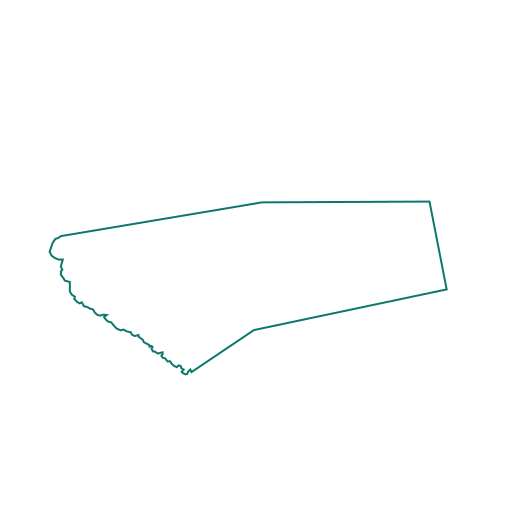 the district of Iebukel, Ngarchelong, Palau, rotated 122°
{"feature_id": "81905179B92886188714488", "entity_name": "Iebukel", "entity_type": "district", "adm_level": 2, "iso_a3": "PLW", "parent_name": "Palau", "parent_adm1": "Ngarchelong", "projection": "robinson", "projection_center": [134.644, 7.699], "detail": "fine", "context": "isolated", "style": "outline", "palette": "teal", "viewbox_px": 512, "rotation_deg": 122, "n_neighbors": 0, "source": "geoboundaries", "source_scale": "gbopen_adm2", "svg_char_len": 1173}
<svg xmlns="http://www.w3.org/2000/svg" viewBox="0 0 512 512"><g transform="rotate(122 256 256)"><path d="M388.7,249.2L319.9,218.5L183.3,76.6L117.9,137.7L207.3,279.3L342.5,432.0L345.6,433.3L347.8,435.2L352.8,435.4L361.9,433.2L364.0,429.5L364.3,425.4L363.7,421.7L361.4,418.0L365.9,416.7L368.5,415.8L370.2,413.0L372.4,413.3L375.3,411.5L376.7,407.8L378.2,405.1L376.7,400.1L384.8,395.0L386.4,391.8L386.5,388.0L388.7,387.4L389.8,383.0L389.6,380.4L387.6,379.2L388.4,377.7L389.8,375.3L388.7,372.2L388.6,368.9L387.7,365.9L389.5,362.5L390.0,359.0L388.8,356.1L386.6,354.3L385.2,351.4L388.4,352.5L389.4,349.9L390.0,346.8L389.0,343.6L390.2,340.2L391.4,335.7L390.7,331.2L388.7,329.6L388.3,325.1L387.0,321.7L388.4,319.7L388.2,316.5L385.3,313.8L386.6,312.9L387.2,307.1L388.6,305.5L388.0,299.5L389.3,298.2L387.7,297.0L388.0,295.5L390.0,295.4L391.5,292.9L390.7,291.0L390.7,287.5L387.2,284.2L388.9,283.1L390.7,283.4L391.7,281.4L391.0,278.7L392.3,275.2L390.8,273.1L392.2,270.1L392.6,267.4L392.3,264.3L389.6,263.5L389.3,261.3L390.7,260.0L390.7,257.1L393.6,257.7L394.1,255.7L393.7,253.0L392.5,251.8L390.2,252.3L387.1,251.6L388.7,249.2Z" fill="none" stroke="#0f766e" stroke-width="2"/></g></svg>